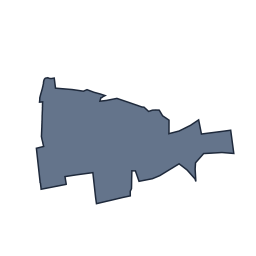 Chacsinkín, Yucatán, Mexico (Mercator projection), rotated 76°
{"feature_id": "50627088B83026580761392", "entity_name": "Chacsinkín", "entity_type": "district", "adm_level": 2, "iso_a3": "MEX", "parent_name": "Mexico", "parent_adm1": "Yucatán", "projection": "mercator", "projection_center": [-89.035, 20.208], "detail": "fine", "context": "isolated", "style": "filled", "palette": "slate", "viewbox_px": 256, "rotation_deg": 76, "n_neighbors": 0, "source": "geoboundaries", "source_scale": "gbopen_adm2", "svg_char_len": 1872}
<svg xmlns="http://www.w3.org/2000/svg" viewBox="0 0 256 256"><g transform="rotate(76 128 128)"><path d="M193.8,176.9L193.9,168.2L193.9,167.2L194.0,162.7L194.1,151.6L194.1,150.7L194.4,142.2L189.9,141.1L187.7,139.3L184.5,138.4L178.8,136.9L170.5,134.6L171.4,131.2L182.4,130.2L183.1,116.6L181.9,108.7L175.1,87.1L183.1,80.8L193.6,75.3L196.3,75.1L184.1,72.8L178.1,70.9L171.1,60.8L174.5,42.8L178.3,31.5L155.0,28.9L154.2,36.2L151.6,58.2L137.2,57.5L140.6,66.9L140.9,68.4L143.3,79.2L143.3,80.8L143.4,89.7L141.8,89.2L130.3,86.3L124.5,91.5L118.2,93.4L117.2,97.0L116.6,100.0L116.9,104.0L111.7,107.4L111.0,109.4L103.6,120.7L96.6,131.6L96.1,140.9L96.1,141.8L95.2,148.8L92.1,147.0L92.2,146.2L91.6,144.9L91.0,142.4L88.8,145.9L88.5,146.3L85.1,152.4L80.9,158.5L81.5,162.4L79.9,166.2L77.2,172.8L71.8,188.7L61.7,187.5L61.6,188.8L61.5,190.2L61.3,191.0L61.1,191.7L60.6,192.7L60.2,193.1L60.0,193.5L59.8,193.7L59.9,194.4L59.7,194.9L59.7,195.5L59.7,196.2L60.2,197.0L60.4,197.3L61.2,197.9L62.0,198.4L63.4,199.0L64.3,199.2L65.4,199.8L65.8,200.0L67.1,200.6L67.6,200.9L68.0,201.1L68.6,201.4L69.4,201.8L70.4,202.4L71.1,202.8L72.0,203.3L73.5,204.2L75.7,205.4L77.4,206.3L78.9,206.7L80.4,207.2L81.5,207.6L81.6,207.1L82.0,204.5L85.3,205.5L86.0,205.6L87.8,206.2L88.9,206.4L90.8,207.0L92.8,207.6L94.0,207.9L94.8,208.2L99.0,209.3L99.7,209.5L100.9,209.9L102.2,210.2L103.1,210.5L104.2,210.8L105.1,211.1L105.7,211.2L107.0,211.6L108.0,211.9L109.0,212.2L109.8,212.4L111.4,212.9L113.5,213.5L115.4,214.1L115.9,214.1L116.8,214.1L117.9,214.2L121.0,214.2L122.7,214.3L123.7,214.3L125.5,214.3L125.5,219.6L125.5,220.4L125.5,221.8L158.6,226.3L159.4,226.5L160.6,226.3L161.8,226.5L162.7,226.6L164.4,226.8L165.1,226.9L165.8,227.0L166.4,227.1L167.7,202.0L167.7,201.6L167.3,201.5L159.9,200.9L160.5,194.3L160.5,194.2L161.0,189.1L162.8,172.9L188.0,176.3L193.8,176.9Z" fill="#64748b" stroke="#1e293b" stroke-width="1.5"/></g></svg>